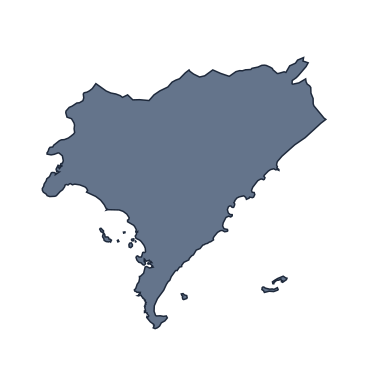 Nias Utara, Sumatera Utara, Indonesia (Natural Earth projection), rotated 258°
{"feature_id": "22746128B50601239773602", "entity_name": "Nias Utara", "entity_type": "district", "adm_level": 2, "iso_a3": "IDN", "parent_name": "Indonesia", "parent_adm1": "Sumatera Utara", "projection": "natural_earth1", "projection_center": [97.265, 1.31], "detail": "fine", "context": "isolated", "style": "filled", "palette": "slate", "viewbox_px": 384, "rotation_deg": 258, "n_neighbors": 0, "source": "geoboundaries", "source_scale": "gbopen_adm2", "svg_char_len": 5989}
<svg xmlns="http://www.w3.org/2000/svg" viewBox="0 0 384 384"><g transform="rotate(258 192 192)"><path d="M318.0,120.5L313.9,116.0L312.3,112.8L311.5,110.0L311.5,107.1L310.4,106.0L306.6,105.7L304.0,104.3L302.7,100.5L303.0,97.8L300.9,92.6L300.3,89.5L297.4,85.6L295.7,85.0L291.2,85.3L288.7,89.4L284.1,90.9L281.8,91.0L278.3,89.8L274.6,89.6L273.3,88.2L270.5,82.4L269.8,78.1L270.2,75.0L269.7,72.8L266.5,66.4L265.0,65.2L265.2,62.4L264.0,61.0L261.7,59.7L260.4,58.3L259.2,58.1L257.6,61.9L257.5,65.0L258.1,69.1L257.7,70.1L254.4,72.7L249.2,72.6L247.2,71.3L247.0,69.7L245.6,68.7L244.8,69.2L245.0,70.2L244.2,70.0L244.0,68.7L244.3,68.1L243.3,68.2L242.5,67.2L245.0,66.0L245.5,67.0L246.0,66.6L242.6,63.8L240.1,63.9L240.4,64.9L239.6,65.3L239.2,66.4L237.4,62.0L238.6,62.5L239.6,61.5L240.2,59.2L239.9,58.3L236.7,55.9L235.1,52.7L233.1,51.6L230.5,49.0L228.4,48.1L226.5,46.3L224.7,46.0L222.7,46.6L220.3,48.9L218.5,49.6L217.1,51.9L216.3,57.0L216.6,58.6L219.9,63.2L221.1,65.9L223.7,68.6L225.0,69.1L225.4,70.1L225.4,70.9L224.6,72.2L225.5,73.9L225.5,74.8L223.9,76.5L224.1,78.9L222.3,83.7L219.3,88.3L217.9,89.4L215.4,90.3L213.8,88.8L207.7,96.9L203.1,100.9L197.8,103.5L193.7,104.6L193.0,105.4L192.1,104.4L192.2,106.0L189.6,117.0L187.4,120.6L184.0,123.6L179.9,125.2L178.3,124.4L177.9,123.1L176.3,122.8L171.6,128.0L170.0,128.8L166.6,129.7L164.9,128.7L164.3,128.8L164.1,129.7L164.6,130.6L164.1,130.5L163.8,129.3L162.1,128.8L160.7,127.3L158.3,127.6L155.8,130.8L154.2,132.0L149.8,134.0L146.7,134.6L143.2,134.1L142.6,133.1L143.2,131.8L143.0,131.2L139.0,129.1L139.3,126.8L140.8,125.6L140.6,124.3L139.5,123.6L136.7,124.0L134.3,125.4L133.3,127.4L131.1,128.8L130.5,129.8L130.5,130.4L131.5,131.6L132.5,131.6L134.0,130.8L136.5,131.4L135.8,132.0L134.8,131.8L134.3,132.7L133.8,132.7L134.1,135.9L133.3,135.7L132.8,137.3L131.3,138.0L131.6,136.9L131.2,135.9L131.6,135.2L131.1,135.0L131.7,134.3L131.0,133.8L130.5,134.6L130.8,135.1L129.9,136.5L127.9,138.1L127.2,138.2L127.7,137.3L127.3,137.1L126.6,137.9L126.5,134.6L128.5,132.2L128.4,130.6L122.6,127.8L120.2,123.9L120.3,123.0L118.2,122.7L115.2,121.4L113.2,119.2L109.3,116.9L108.2,115.2L106.7,115.6L106.4,116.5L105.3,117.3L105.0,119.3L104.4,119.5L104.5,120.6L103.6,120.3L103.7,119.6L102.8,118.6L102.1,118.5L101.9,117.3L101.5,118.1L101.8,120.3L101.5,120.8L100.4,120.9L98.7,122.0L98.4,121.8L97.3,122.9L96.1,123.0L95.9,123.8L94.8,123.4L93.8,124.0L93.8,123.6L93.1,123.8L92.2,123.0L91.8,123.5L90.2,121.8L89.7,122.3L88.9,121.8L85.6,121.9L85.3,121.5L85.5,120.8L84.0,120.5L84.0,121.8L83.0,122.4L83.0,122.9L81.8,122.9L80.2,123.9L79.2,123.6L78.9,122.8L79.6,122.0L78.7,121.6L73.7,124.2L70.4,127.1L69.9,126.7L69.1,127.2L67.2,125.8L66.0,127.5L66.4,130.0L67.6,132.4L70.4,134.8L71.6,138.7L74.0,141.7L76.1,141.1L76.3,138.2L77.5,135.3L78.1,131.6L78.8,130.7L83.2,130.1L88.6,131.5L94.8,136.0L101.8,143.9L107.0,147.8L109.2,150.0L110.2,151.9L113.5,154.1L118.1,159.1L118.6,160.1L118.2,161.1L121.1,164.1L121.2,166.4L122.5,166.7L124.9,169.4L126.2,174.7L127.6,175.6L129.6,178.3L130.2,180.3L134.3,184.1L135.0,188.1L137.8,191.5L138.0,193.3L138.5,194.3L138.5,196.4L139.5,198.8L139.4,199.8L140.7,203.1L142.4,203.1L143.9,204.4L147.2,208.6L148.0,211.0L148.3,211.0L148.8,211.0L148.0,211.1L148.3,212.0L148.1,213.6L146.3,215.7L146.2,218.2L146.6,218.9L148.0,218.9L149.4,215.7L152.4,214.9L155.3,216.1L160.0,219.9L160.7,222.8L159.5,224.7L160.3,226.4L161.5,226.6L162.0,224.7L163.9,223.2L167.3,222.9L169.9,224.5L170.5,225.8L170.3,226.9L170.0,227.4L169.1,227.6L168.3,228.9L168.5,229.7L170.6,231.1L171.6,231.3L172.9,230.7L173.8,231.8L174.5,231.9L176.8,234.7L177.4,237.1L177.5,241.8L175.6,243.4L173.5,243.7L174.1,246.6L175.0,247.2L173.9,250.0L174.2,251.2L176.4,252.9L178.6,252.7L179.2,250.8L181.1,250.5L184.0,252.4L189.4,258.7L190.3,261.5L190.2,263.0L189.1,264.5L189.3,265.3L190.8,266.4L192.4,265.6L193.4,266.2L196.6,271.0L197.6,273.6L197.7,276.8L196.2,278.6L196.3,279.9L195.1,281.5L196.0,281.6L197.9,280.0L199.0,280.8L200.7,280.3L202.8,281.1L204.1,281.9L208.3,287.4L216.8,302.3L221.6,313.9L232.5,332.4L235.2,338.0L236.8,336.5L251.0,329.1L253.1,328.9L258.3,329.9L264.0,328.9L269.5,329.9L271.4,329.1L273.6,327.1L276.0,326.5L279.0,326.7L276.5,319.3L276.5,313.1L277.1,312.4L280.2,313.2L282.1,317.7L283.6,320.0L290.9,329.6L294.2,332.5L297.0,327.8L300.3,329.1L299.1,322.7L296.5,320.0L295.1,313.8L289.4,308.7L290.4,307.1L290.0,301.3L290.2,300.0L294.7,296.6L296.1,296.3L297.7,294.6L300.4,290.9L301.0,289.2L301.4,286.6L300.5,282.6L300.5,276.3L299.6,275.0L300.4,269.8L300.1,266.4L300.8,263.8L300.6,260.0L297.4,252.5L302.1,244.6L307.1,237.7L303.0,228.6L302.9,223.3L307.0,218.1L310.5,215.0L312.0,214.5L309.9,210.2L305.4,203.4L304.8,199.4L303.6,195.3L299.7,190.2L297.6,181.6L294.9,175.0L290.4,169.0L293.2,159.9L294.4,153.3L300.4,149.2L299.0,143.7L301.2,141.8L303.7,137.9L305.7,133.2L308.6,129.1L318.0,120.5ZM83.9,240.8L82.0,240.1L80.5,241.5L78.7,241.9L78.9,246.9L77.6,251.2L78.2,255.5L78.7,256.0L80.7,255.6L79.7,252.0L80.5,250.3L80.8,247.8L82.7,243.8L84.1,242.5L84.3,241.5L83.9,240.8ZM174.9,94.0L172.1,94.7L170.7,96.5L169.1,96.5L168.3,95.7L166.8,95.2L164.6,96.0L162.9,96.0L161.3,97.8L160.5,100.1L160.7,101.5L160.0,102.0L161.6,103.2L162.8,102.2L163.2,101.1L164.7,100.9L165.5,100.3L166.1,97.7L168.6,97.8L170.9,96.9L172.3,97.4L175.4,95.5L175.5,94.7L174.9,94.0ZM87.4,252.0L85.5,252.0L85.2,252.9L86.2,253.4L87.6,255.6L87.9,257.0L87.7,258.6L88.4,260.8L86.9,260.9L86.4,261.9L85.6,260.9L84.8,261.9L86.6,266.1L87.9,267.0L88.6,265.7L90.7,263.7L89.6,257.8L88.5,254.6L87.4,252.0ZM94.5,162.1L94.5,160.3L92.7,160.6L92.0,161.3L90.6,160.6L89.0,160.8L88.5,161.5L88.9,164.7L89.6,165.3L91.8,165.3L92.8,163.3L94.5,162.1ZM153.5,119.3L151.2,119.1L150.3,120.5L151.4,122.4L152.9,122.8L154.9,122.1L154.9,120.3L153.5,119.3ZM156.9,125.2L158.3,125.3L158.4,124.0L158.4,123.3L157.8,122.8L156.6,123.3L156.4,124.3L156.9,125.2ZM158.8,110.2L160.4,109.8L160.1,108.9L158.6,109.1L158.8,110.2ZM166.9,118.1L167.0,116.6L166.0,116.6L166.1,118.0L166.9,118.1ZM155.1,126.2L154.8,126.6L155.1,126.9L155.7,126.6L155.1,126.2Z" fill="#64748b" stroke="#1e293b" stroke-width="1.5"/></g></svg>